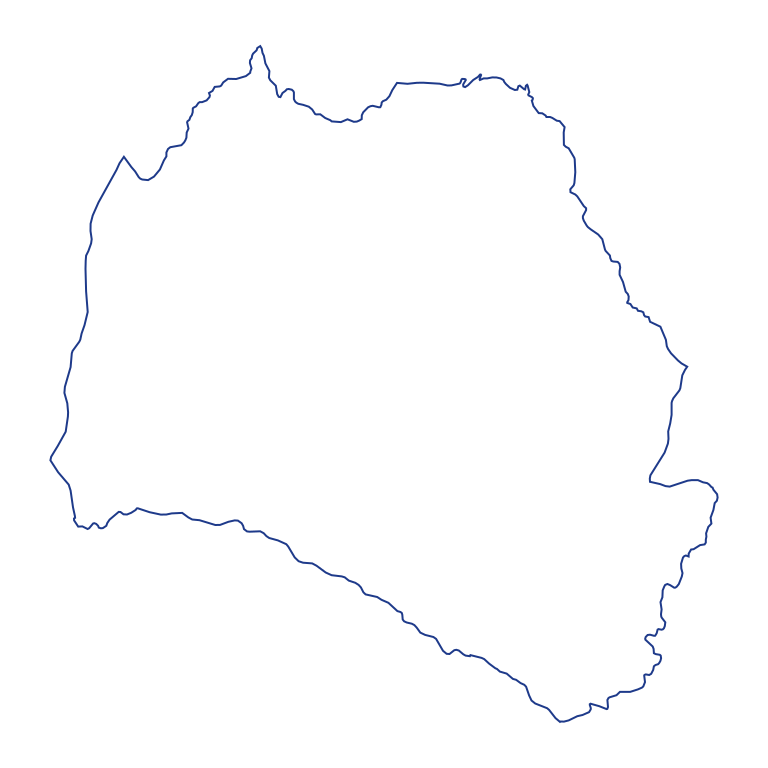 Dosquebradas, Risaralda, Colombia
{"feature_id": "7082276B1259376417396", "entity_name": "Dosquebradas", "entity_type": "district", "adm_level": 2, "iso_a3": "COL", "parent_name": "Colombia", "parent_adm1": "Risaralda", "projection": "mercator", "projection_center": [-75.67, 4.841], "detail": "fine", "context": "isolated", "style": "outline", "palette": "blue", "viewbox_px": 768, "rotation_deg": 0, "n_neighbors": 0, "source": "geoboundaries", "source_scale": "gbopen_adm2", "svg_char_len": 5987}
<svg xmlns="http://www.w3.org/2000/svg" viewBox="0 0 768 768"><path d="M560.0,721.9L560.5,721.5L564.0,721.6L568.7,720.4L577.3,716.2L582.5,715.0L589.1,712.1L590.7,709.4L590.8,708.1L589.8,705.0L589.8,704.2L590.5,703.7L599.3,706.2L606.6,709.1L607.3,708.9L608.0,707.0L607.4,700.0L608.5,698.0L609.6,697.3L616.5,695.2L619.9,691.9L630.1,691.9L637.9,689.4L642.0,687.6L643.3,686.4L645.0,682.1L644.2,675.6L644.5,674.9L645.8,674.4L649.2,675.0L651.2,673.8L653.2,669.9L653.9,666.3L655.5,665.0L658.1,664.2L659.2,663.0L660.4,660.9L661.1,658.2L660.7,655.6L659.8,654.8L655.7,654.1L653.9,653.2L653.6,648.9L652.7,646.5L645.4,639.7L645.2,638.7L645.7,637.0L647.6,635.0L650.0,634.7L654.1,635.8L655.2,635.7L656.7,633.2L657.6,629.6L658.5,629.1L661.6,629.7L662.9,629.3L663.9,628.3L664.8,626.1L665.3,622.3L661.6,617.5L661.2,616.3L661.0,614.2L661.6,609.4L660.5,602.1L662.4,597.3L662.7,590.3L664.3,586.4L665.2,584.9L667.4,584.0L670.1,585.1L674.2,587.7L675.4,587.6L676.7,586.7L678.8,584.1L681.8,576.5L682.5,573.1L681.3,568.4L681.1,563.8L683.0,557.5L684.3,556.1L685.9,555.5L688.6,556.5L688.7,553.6L691.1,549.5L693.6,549.2L700.1,545.1L704.6,544.4L705.8,542.6L705.8,539.7L706.4,536.7L706.1,533.3L708.3,526.9L711.4,523.6L710.6,517.7L713.4,510.0L714.7,503.1L716.9,500.7L717.6,497.5L717.1,494.2L713.4,489.7L712.6,487.6L711.5,487.1L709.0,484.4L707.1,483.1L703.0,482.3L697.9,480.1L691.9,480.1L687.6,480.7L669.7,486.6L665.5,486.1L660.2,484.1L650.0,481.8L649.8,478.6L650.4,475.3L664.6,452.6L667.9,443.6L668.5,438.9L668.2,431.4L670.2,423.4L671.6,414.9L671.6,402.9L672.0,401.2L673.3,398.3L679.4,390.4L680.3,388.2L682.3,375.3L685.0,369.9L687.2,366.7L681.5,363.4L677.9,360.4L671.0,353.3L668.0,348.9L666.8,346.2L665.9,339.8L660.4,326.7L650.1,321.8L648.6,317.1L645.2,316.5L644.1,315.2L643.3,312.3L641.3,311.3L638.0,310.8L636.7,308.4L632.7,307.5L630.4,304.0L627.3,303.0L627.2,302.3L628.5,300.0L628.7,296.5L627.8,294.0L625.7,291.7L623.0,282.0L619.6,274.8L619.6,271.2L620.2,267.5L619.5,263.9L617.7,261.9L613.2,261.5L611.5,260.9L610.3,258.2L609.9,255.5L605.7,251.0L605.0,249.6L602.3,239.2L598.2,234.5L590.8,229.4L587.9,227.1L586.7,225.6L583.8,220.7L582.9,218.1L582.9,216.2L586.1,210.1L586.1,208.2L583.8,206.1L577.3,196.4L575.3,194.5L570.5,192.2L570.3,189.3L573.7,185.3L574.4,183.0L575.3,172.2L574.7,159.3L574.3,157.8L568.7,148.3L565.7,146.7L563.9,144.9L563.7,132.4L564.6,127.1L559.6,121.1L556.8,120.7L552.3,117.9L550.1,117.0L546.4,117.0L545.7,115.6L542.3,113.3L538.7,113.1L533.4,106.0L531.8,100.5L532.6,99.8L532.9,98.2L531.9,97.1L528.5,95.4L528.2,94.6L529.3,92.1L527.6,85.5L527.1,84.8L525.9,85.8L525.1,89.5L524.1,89.2L519.8,85.6L518.4,86.2L517.3,89.7L514.9,90.0L510.0,87.8L505.9,84.0L504.3,82.0L503.4,80.0L500.5,78.4L496.6,77.5L492.3,77.4L487.2,78.4L483.7,78.4L479.9,80.0L479.6,79.5L479.8,78.5L481.1,75.0L480.7,74.5L480.0,74.6L478.0,76.9L473.2,80.0L467.9,85.3L465.1,87.1L463.4,86.5L463.2,85.4L463.2,84.4L465.8,80.0L465.5,79.3L464.4,79.0L462.2,78.9L461.5,79.5L460.4,82.7L459.6,83.6L451.4,85.4L447.6,85.5L439.6,83.7L423.0,82.7L416.9,82.8L407.5,83.8L397.0,82.9L392.3,90.1L389.4,96.2L386.3,99.7L382.9,101.2L381.7,102.5L381.4,104.8L380.3,107.2L379.0,107.3L372.7,105.8L370.5,106.2L368.1,107.3L363.2,112.3L361.8,115.3L361.7,119.1L359.2,120.6L356.8,121.6L353.8,121.8L347.5,119.3L340.9,122.1L331.7,121.4L330.3,120.2L325.2,118.0L320.3,114.3L316.1,114.4L315.1,114.0L312.2,109.5L308.8,106.7L303.0,104.8L298.3,103.8L296.4,102.7L295.1,101.5L293.9,99.1L293.9,92.4L293.4,91.2L291.8,89.7L288.7,89.0L286.8,89.3L285.5,90.8L282.5,93.0L280.4,97.1L278.7,96.8L277.2,94.1L275.8,85.7L270.3,80.3L268.9,77.6L269.4,71.1L265.4,63.4L263.9,55.8L262.5,52.9L261.7,48.6L260.2,46.1L257.3,48.0L256.6,50.3L253.1,53.6L252.2,55.4L251.7,58.2L250.1,60.3L249.9,63.0L251.5,68.3L250.3,71.5L250.2,72.8L245.9,76.1L236.2,79.0L228.0,78.8L223.2,82.4L221.2,85.6L219.8,86.4L214.7,86.9L212.5,90.9L209.0,93.0L209.9,95.4L209.5,97.1L206.6,100.4L202.2,102.1L199.7,102.1L198.3,103.1L196.1,106.3L193.3,107.8L192.8,108.5L192.7,112.2L191.8,115.1L190.3,117.2L189.4,119.8L187.5,121.3L187.1,122.3L188.5,128.6L186.7,132.5L186.4,137.7L185.3,140.4L184.0,142.5L181.4,145.2L170.3,147.2L168.0,149.0L166.4,152.5L166.4,156.4L163.9,160.4L159.9,169.5L154.0,176.6L148.1,180.1L142.2,179.5L140.2,178.6L138.7,177.1L135.1,171.4L131.4,167.1L123.9,156.8L119.5,163.3L116.5,169.9L98.5,202.4L92.7,215.5L90.6,223.7L90.5,231.0L91.7,239.2L91.1,243.4L88.4,251.0L86.1,255.6L85.7,260.8L85.5,268.8L86.1,291.4L87.7,312.0L84.5,325.2L81.6,333.5L80.3,339.6L79.3,341.7L72.6,350.9L71.8,353.3L70.6,367.1L64.9,386.8L64.4,392.9L67.3,403.3L68.1,412.4L67.9,416.6L65.7,431.7L57.8,445.9L51.2,456.7L50.4,460.3L58.1,472.2L68.7,484.6L70.6,490.6L73.0,507.3L74.9,516.0L75.1,517.8L74.0,518.5L74.1,520.4L78.2,526.6L82.4,526.4L87.6,529.0L89.2,528.2L93.1,523.5L94.3,523.2L96.2,523.9L98.1,525.8L98.8,527.6L100.9,528.3L102.9,528.1L106.3,525.8L107.3,523.0L109.6,519.6L118.7,511.9L120.5,512.0L123.5,514.3L127.0,514.5L131.2,512.8L135.6,510.0L136.8,508.4L137.8,508.3L149.6,512.2L160.8,514.6L166.4,514.5L171.7,513.4L182.2,512.9L188.3,517.4L192.2,519.5L199.5,520.2L215.3,525.0L220.1,524.9L228.4,521.8L234.7,520.4L237.9,520.6L241.6,523.2L243.1,525.8L244.0,529.1L247.0,531.4L249.5,531.7L260.2,531.3L263.7,533.2L266.4,536.1L269.2,538.0L277.9,540.4L286.3,544.2L288.2,546.5L294.7,557.4L298.6,561.2L303.0,562.7L312.2,563.4L316.5,565.7L325.7,572.5L331.6,575.2L341.7,576.4L344.7,577.3L348.8,580.6L355.3,582.8L358.6,584.9L360.9,587.4L363.4,592.3L365.6,594.4L377.2,597.0L381.5,599.8L388.4,602.8L397.4,611.1L400.5,612.0L401.8,613.0L402.3,614.7L402.7,619.5L404.1,621.3L406.7,622.5L411.8,623.7L414.4,625.1L416.7,627.6L420.3,632.6L425.1,634.9L433.4,637.0L436.1,638.9L443.0,650.8L446.6,653.8L449.5,654.0L454.3,650.2L456.3,649.8L458.8,650.5L463.3,654.3L465.6,655.6L469.9,656.2L470.4,655.1L481.6,657.9L484.2,659.1L489.1,663.6L495.4,668.3L496.9,668.9L499.9,671.6L506.7,673.6L512.9,678.9L516.1,679.8L520.6,683.1L524.3,684.8L526.1,686.7L529.1,695.4L531.5,700.5L535.2,703.5L547.1,708.2L549.1,709.9L555.5,718.1L560.0,721.9Z" fill="none" stroke="#1e3a8a" stroke-width="2"/></svg>